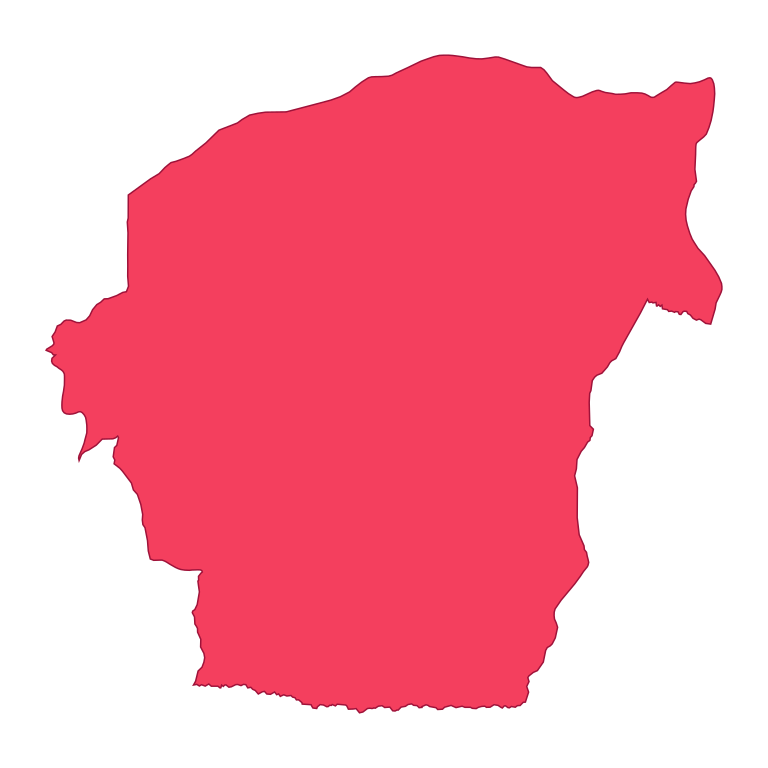 Basankusu, Équateur, Democratic Republic of the Congo (orthographic projection)
{"feature_id": "63176286B59821830207387", "entity_name": "Basankusu", "entity_type": "district", "adm_level": 2, "iso_a3": "COD", "parent_name": "Democratic Republic of the Congo", "parent_adm1": "Équateur", "projection": "orthographic", "projection_center": [19.985, 1.055], "detail": "fine", "context": "isolated", "style": "filled", "palette": "rose", "viewbox_px": 768, "rotation_deg": 0, "n_neighbors": 0, "source": "geoboundaries", "source_scale": "gbopen_adm2", "svg_char_len": 5985}
<svg xmlns="http://www.w3.org/2000/svg" viewBox="0 0 768 768"><path d="M710.7,324.1L715.1,309.1L716.1,302.9L719.7,295.4L721.2,292.0L721.9,289.4L721.9,286.6L721.5,283.4L718.8,277.0L714.9,270.2L704.6,255.6L698.0,248.4L694.1,242.3L692.1,239.0L689.8,233.4L687.4,225.8L686.1,220.2L685.6,214.3L685.9,209.0L688.2,199.3L691.2,190.8L693.9,186.7L694.1,184.6L695.4,183.2L696.5,181.3L694.9,169.3L695.6,154.5L695.7,149.0L695.8,146.3L696.1,144.0L696.8,142.6L699.5,140.3L703.7,136.9L706.3,134.1L708.9,127.7L711.1,120.5L712.9,111.7L713.6,106.5L714.3,99.4L714.7,93.8L714.4,88.0L713.8,83.8L712.4,80.0L711.9,79.2L710.9,78.1L709.9,77.8L708.0,78.1L704.5,79.8L699.5,81.8L695.0,82.9L690.3,83.6L684.5,83.1L678.4,82.3L676.2,82.1L675.2,82.3L671.1,85.7L666.8,89.6L661.8,92.5L656.4,95.8L654.3,97.2L652.7,97.4L650.9,97.2L648.0,95.5L645.0,94.0L641.8,93.1L636.9,92.8L631.1,92.8L625.1,93.9L620.7,94.2L615.6,94.3L612.1,93.5L605.3,92.5L601.8,91.4L599.8,90.6L598.4,90.3L596.6,90.5L592.2,91.9L582.5,96.3L580.0,97.0L578.3,97.4L576.7,97.6L574.6,97.3L572.9,96.4L568.4,93.6L563.9,90.1L552.4,80.7L546.8,73.1L543.9,69.7L540.7,67.5L536.0,67.5L531.7,67.5L526.9,66.9L520.3,64.6L504.9,59.1L498.5,57.1L495.2,57.0L488.3,58.1L481.9,58.9L476.5,58.8L469.4,58.0L462.7,56.8L457.5,56.1L452.8,55.5L448.4,55.2L443.9,55.2L439.4,55.4L433.8,56.7L428.3,58.6L421.0,61.2L407.8,67.6L396.5,72.8L392.1,75.2L388.5,76.2L381.4,76.6L375.5,76.7L371.5,76.9L368.4,77.8L361.8,82.0L355.2,87.1L349.6,91.9L340.4,96.7L330.9,100.1L314.4,104.5L298.8,108.6L286.1,111.9L265.4,112.2L257.8,113.3L249.6,115.1L242.1,119.5L237.4,123.0L224.8,127.9L218.9,130.2L205.8,143.0L195.7,151.0L192.0,154.4L189.2,156.3L182.4,159.0L176.0,161.3L171.0,162.6L168.2,164.8L164.9,167.6L159.1,173.7L150.9,178.6L128.3,195.0L128.2,218.1L127.3,222.0L128.0,232.8L127.7,254.9L127.8,266.1L127.7,276.2L128.5,286.3L126.4,291.7L122.8,292.4L116.4,295.7L108.1,298.7L104.2,298.9L100.6,302.3L96.8,304.6L92.6,309.7L89.7,315.8L86.1,319.9L79.7,322.7L76.6,322.5L70.7,320.2L66.2,320.1L64.1,321.0L60.8,324.4L57.3,326.0L55.1,332.0L52.1,336.5L54.0,342.9L53.7,344.3L52.1,345.9L46.7,349.2L46.1,350.3L51.6,352.6L53.3,354.8L55.5,355.0L53.7,356.7L52.0,358.3L51.6,361.1L52.4,363.4L54.4,365.3L57.1,366.8L58.9,368.3L61.5,370.0L63.0,371.4L64.3,373.8L64.5,376.3L64.5,379.6L64.4,385.2L63.5,391.5L62.6,396.2L62.0,401.9L61.9,405.3L62.0,408.2L62.6,410.7L64.2,412.8L66.5,413.9L69.6,414.2L72.8,413.9L75.8,413.1L78.7,411.8L80.5,411.7L82.2,412.6L84.1,414.7L85.6,417.4L86.2,420.3L86.8,425.1L86.9,428.8L86.8,432.9L84.9,440.0L84.2,443.0L82.0,449.0L79.0,455.8L78.6,458.1L79.1,460.5L81.6,454.4L84.8,451.6L89.0,449.8L96.3,445.1L102.2,439.1L112.9,438.8L115.6,437.8L117.7,436.1L118.5,437.7L116.8,445.4L114.5,447.5L113.2,456.8L114.8,460.0L114.1,463.8L119.9,468.3L122.5,471.2L131.4,483.0L133.4,489.9L137.4,494.4L140.8,504.4L142.7,514.5L142.3,520.0L142.9,524.6L145.0,527.7L147.5,540.6L148.3,551.0L150.3,559.0L151.9,559.6L153.7,560.3L157.2,560.2L159.8,560.1L162.1,560.1L164.5,561.0L166.6,562.1L169.9,564.2L175.5,567.4L178.4,568.7L180.9,569.5L184.8,570.1L189.4,570.3L192.1,570.0L195.2,569.9L197.8,569.8L200.4,569.9L201.8,570.6L202.3,572.0L200.9,573.2L198.5,576.3L198.6,580.1L197.9,581.1L198.5,585.7L199.4,591.9L197.2,604.6L194.8,609.6L192.7,611.1L192.3,612.7L194.5,616.9L194.9,624.0L196.4,626.3L197.5,628.4L197.6,632.2L200.8,639.3L200.6,647.0L203.9,653.3L204.7,657.7L203.9,662.2L202.0,667.2L198.1,671.0L195.6,681.2L193.5,685.0L196.8,684.4L199.4,686.0L201.5,684.7L205.2,686.1L208.8,684.0L211.3,686.2L217.9,686.2L220.0,687.9L220.8,687.8L221.6,685.1L223.3,686.4L224.6,685.1L226.0,684.9L228.9,687.2L231.3,686.8L235.8,684.6L237.8,684.5L241.0,685.6L243.4,684.4L245.8,684.6L247.8,687.9L250.8,687.3L252.7,689.3L255.3,690.5L258.3,694.0L262.3,691.8L264.5,691.4L266.8,694.0L270.5,694.3L274.6,692.0L276.7,694.7L278.6,693.9L280.3,696.4L281.5,695.8L283.8,694.8L286.8,696.0L291.0,695.5L292.6,697.1L295.0,697.7L296.4,699.9L298.6,699.8L301.9,702.6L302.2,704.1L303.7,704.2L311.1,704.7L311.6,705.9L312.9,708.0L316.7,708.5L317.0,707.9L317.4,706.8L320.1,704.6L323.5,705.0L326.7,706.7L328.1,706.6L329.7,705.3L331.4,705.4L332.2,704.5L335.4,705.9L337.2,704.2L345.7,705.0L346.8,705.9L348.4,709.2L353.4,709.0L356.1,708.6L359.5,712.8L362.9,712.0L367.5,708.5L369.9,708.2L371.7,708.5L372.9,708.4L373.7,707.9L375.3,708.2L378.3,706.2L382.1,705.7L384.7,707.5L389.8,707.1L392.7,710.8L395.1,711.0L397.1,710.0L398.2,710.1L401.1,707.1L405.5,706.3L408.0,704.5L411.6,703.9L413.6,705.3L417.0,705.6L418.5,707.0L419.1,707.7L422.0,707.4L421.9,706.6L426.0,704.8L428.1,705.4L429.5,706.5L436.0,707.7L437.7,709.5L442.5,709.2L444.6,707.2L451.1,705.4L456.0,707.6L462.1,706.2L464.9,707.3L470.5,707.3L472.2,708.3L476.2,708.6L478.4,707.3L481.8,706.4L484.8,706.2L486.4,707.3L490.1,707.2L494.0,704.7L498.1,705.4L500.9,707.3L502.3,708.0L504.3,705.9L505.5,705.8L507.9,707.6L509.4,707.8L511.4,706.5L515.3,707.2L517.5,705.6L520.1,705.5L523.2,702.3L525.4,702.1L528.6,692.1L526.7,686.5L529.0,681.6L527.8,677.6L528.9,675.9L533.3,672.4L537.4,670.6L543.3,662.1L545.7,650.3L547.3,647.5L550.3,645.8L552.2,643.9L555.3,637.9L557.6,627.3L556.2,622.9L554.5,619.1L554.1,615.7L554.2,612.2L555.1,608.9L561.1,600.2L574.7,583.9L580.3,576.3L583.5,571.5L587.3,566.8L588.0,565.3L588.7,562.4L588.0,559.2L587.2,556.1L586.5,552.3L584.4,549.6L584.0,545.8L579.2,534.8L577.2,517.6L577.4,487.8L574.6,475.8L576.4,468.8L577.0,459.5L581.2,451.3L584.4,447.6L587.6,442.1L589.9,440.4L590.3,437.5L592.0,435.7L593.4,429.2L589.8,425.6L589.2,402.4L589.7,393.3L590.9,390.7L592.3,380.6L594.6,377.2L596.9,375.2L601.9,373.2L607.4,366.9L609.9,362.6L611.7,360.8L615.8,358.6L619.6,351.7L621.8,346.4L623.7,342.7L640.3,313.2L647.5,299.2L649.2,302.5L651.9,302.1L652.9,302.9L656.0,302.4L656.5,305.9L657.0,306.1L658.6,304.8L660.2,306.4L661.9,305.1L662.5,308.8L667.5,309.7L668.7,311.4L671.6,311.1L674.6,312.3L675.5,311.6L678.0,311.8L679.3,314.3L680.9,314.5L683.0,311.7L684.1,311.2L686.7,311.4L687.8,313.6L690.4,315.0L693.0,318.3L696.4,320.1L699.1,319.1L700.9,319.8L705.7,323.4L710.7,324.1Z" fill="#f43f5e" stroke="#9f1239" stroke-width="1.5"/></svg>